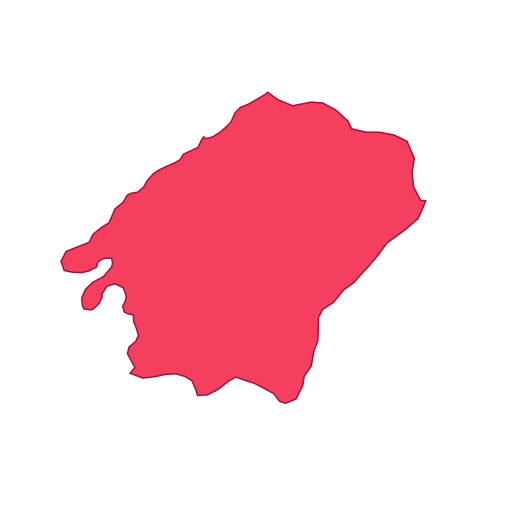 the district of Fuzuli District, Füzuli, Azerbaijan, rotated 338°
{"feature_id": "54616110B29637726057754", "entity_name": "Fuzuli District", "entity_type": "district", "adm_level": 2, "iso_a3": "AZE", "parent_name": "Azerbaijan", "parent_adm1": "Füzuli", "projection": "natural_earth1", "projection_center": [47.279, 39.566], "detail": "fine", "context": "isolated", "style": "filled", "palette": "rose", "viewbox_px": 512, "rotation_deg": 338, "n_neighbors": 0, "source": "geoboundaries", "source_scale": "gbopen_adm2", "svg_char_len": 1702}
<svg xmlns="http://www.w3.org/2000/svg" viewBox="0 0 512 512"><g transform="rotate(338 256 256)"><path d="M252.3,126.0L249.0,127.9L243.0,133.6L227.0,134.4L221.5,138.3L215.9,139.1L207.1,139.4L198.3,139.9L191.8,141.3L183.3,145.4L178.0,149.8L170.5,152.5L163.2,151.0L159.2,151.5L153.2,156.3L142.9,159.5L137.1,165.3L132.1,170.2L123.6,171.6L113.1,174.8L106.3,180.8L81.7,180.6L73.2,187.9L72.7,197.6L80.4,202.7L88.0,206.1L95.2,207.3L104.0,206.6L107.5,202.0L114.6,201.2L121.3,204.1L120.3,208.8L118.3,211.9L112.8,214.8L106.8,218.0L94.7,219.2L85.4,223.1L78.7,229.6L76.6,236.4L76.6,240.6L82.4,244.0L85.4,244.2L92.7,241.3L97.7,236.7L99.0,233.5L106.5,228.2L114.8,228.9L120.8,235.5L121.1,239.6L120.3,245.4L118.0,248.8L113.5,252.7L112.8,258.3L115.5,261.5L120.3,264.9L118.0,270.5L118.0,277.3L117.3,285.5L112.5,290.1L104.2,292.8L100.2,298.4L101.9,314.0L95.3,317.5L105.4,326.9L119.2,330.5L127.3,331.7L137.6,335.2L144.9,341.0L149.9,347.6L150.1,356.6L149.6,363.4L159.2,366.6L171.2,365.4L183.8,361.7L192.0,360.7L199.6,367.5L206.9,373.6L211.6,379.0L220.9,390.2L223.4,399.5L228.0,403.6L233.0,403.6L239.5,403.6L250.6,393.9L255.6,385.6L265.9,378.8L274.4,365.4L281.7,357.6L291.0,336.4L297.7,330.5L310.5,328.1L324.2,320.4L336.8,317.3L348.1,311.6L357.2,307.4L369.3,301.0L382.2,293.0L405.0,287.3L420.3,282.0L429.7,272.9L433.9,268.3L429.4,266.1L428.0,251.0L431.9,237.2L439.3,224.8L439.0,206.2L429.3,195.5L416.9,187.6L404.4,182.4L392.3,173.8L391.9,165.6L384.8,150.8L375.2,139.1L364.5,133.9L346.4,130.5L335.0,119.5L328.1,108.4L326.3,109.4L318.6,110.6L306.0,112.4L297.3,112.4L290.2,115.4L283.0,122.4L275.7,125.5L269.9,127.5L260.9,129.3L254.5,128.8L252.3,127.1L252.3,126.0Z" fill="#f43f5e" stroke="#9f1239" stroke-width="1.5"/></g></svg>